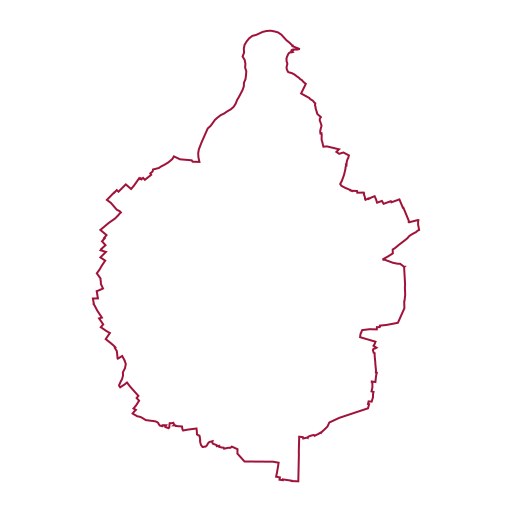 Maastricht, Limburg, Netherlands
{"feature_id": "6326949B62006643577312", "entity_name": "Maastricht", "entity_type": "district", "adm_level": 2, "iso_a3": "NLD", "parent_name": "Netherlands", "parent_adm1": "Limburg", "projection": "albers", "projection_center": [5.703, 50.858], "detail": "fine", "context": "isolated", "style": "outline", "palette": "rose", "viewbox_px": 512, "rotation_deg": 0, "n_neighbors": 0, "source": "geoboundaries", "source_scale": "gbopen_adm2", "svg_char_len": 5943}
<svg xmlns="http://www.w3.org/2000/svg" viewBox="0 0 512 512"><path d="M237.4,453.6L244.5,461.5L273.0,461.7L278.6,462.7L278.0,466.7L276.9,473.0L276.1,476.7L279.9,477.4L279.5,479.7L282.8,480.2L282.9,479.4L291.7,480.7L291.7,481.1L298.3,481.3L298.9,453.9L298.8,453.5L298.9,451.9L298.8,451.5L299.2,436.7L302.8,437.1L303.2,438.5L307.1,437.6L307.5,437.5L307.8,437.8L308.2,436.8L309.8,436.0L312.3,435.3L313.9,435.0L314.7,435.8L315.0,435.5L318.6,433.9L319.0,433.5L321.1,432.3L320.9,432.8L321.0,432.9L321.7,432.0L325.4,428.6L327.5,426.5L329.3,422.5L339.4,417.8L368.0,408.3L369.1,404.2L368.0,404.0L368.6,401.4L371.7,401.6L373.0,397.1L373.0,394.3L373.5,391.9L371.5,391.4L372.4,387.4L372.4,382.1L371.8,382.1L371.8,381.5L375.4,382.0L376.1,375.6L376.8,372.7L375.9,372.6L375.9,371.2L376.0,370.4L375.3,363.5L375.3,362.3L374.7,356.3L374.6,353.1L373.7,352.8L372.9,350.1L373.5,348.8L375.0,348.5L376.5,347.7L373.5,345.8L374.7,343.9L375.5,341.7L360.1,337.2L360.5,334.0L362.2,330.1L369.7,329.2L376.8,329.4L376.9,328.2L376.9,327.1L379.7,327.1L380.0,326.6L379.9,325.6L386.2,325.0L397.9,322.8L404.4,308.2L404.2,301.2L404.5,300.9L405.2,294.8L404.9,287.6L405.1,284.7L404.1,267.1L404.4,266.8L404.1,266.8L400.1,263.8L397.4,263.7L393.0,262.8L384.6,259.7L383.4,259.8L383.2,259.1L388.4,256.2L392.8,253.4L392.7,249.5L394.7,248.3L397.2,246.3L398.8,244.9L406.0,239.4L407.5,238.1L408.8,236.5L410.4,235.2L413.3,233.5L415.9,232.2L417.6,230.7L419.1,230.0L418.1,224.5L418.1,221.6L418.4,220.1L418.1,220.0L409.0,222.3L408.8,222.1L409.2,221.8L403.4,207.7L402.9,207.8L399.4,199.4L391.4,202.3L390.8,201.2L383.6,203.8L381.9,200.9L377.1,202.7L376.0,199.3L374.6,196.2L370.3,197.9L370.3,198.1L368.4,199.0L368.2,198.5L365.5,199.8L365.0,198.9L365.0,197.6L364.6,196.4L364.5,195.9L363.9,194.7L364.1,193.8L364.0,193.1L363.8,192.6L357.3,192.7L357.0,191.0L352.4,190.8L352.2,191.1L350.3,190.4L350.4,190.0L345.3,187.9L341.4,185.8L340.2,184.0L341.8,181.0L343.5,176.4L344.1,174.6L345.5,168.7L345.4,168.0L346.1,165.3L345.9,164.2L346.0,164.1L346.5,164.6L346.6,163.0L346.9,161.1L347.6,159.0L348.2,158.1L348.9,155.4L343.4,152.5L339.1,153.8L336.4,151.9L339.0,149.3L327.0,146.4L323.4,146.7L322.9,144.8L322.4,142.3L321.7,140.3L321.6,138.6L321.7,134.5L321.5,133.4L321.0,133.7L320.5,133.7L320.2,131.9L320.2,131.5L320.4,129.9L321.4,126.3L321.5,125.5L320.3,121.8L319.9,120.9L319.7,120.0L319.8,119.0L320.0,118.4L320.9,117.1L318.0,114.6L317.5,114.1L317.2,113.6L316.8,112.3L316.9,112.2L316.7,111.7L315.7,108.6L315.5,107.8L315.6,106.9L315.0,105.5L315.0,105.1L315.3,103.3L314.0,102.3L313.6,101.5L312.8,100.7L310.9,99.5L310.0,98.9L309.5,98.1L301.1,93.5L305.8,83.9L304.9,83.1L303.8,82.3L301.7,80.0L300.3,79.2L298.7,77.6L297.0,76.5L295.2,75.0L294.7,74.8L294.0,74.2L293.0,73.8L292.1,73.2L288.8,72.3L287.8,71.7L287.5,70.7L286.9,69.6L286.5,67.4L287.1,64.9L287.3,64.3L287.2,63.9L287.3,63.6L287.2,63.0L286.6,61.3L286.5,60.0L286.6,59.7L286.4,59.0L286.7,57.8L286.9,57.1L288.1,54.3L289.0,53.0L289.8,52.5L290.7,52.3L291.4,52.4L292.1,52.2L291.1,51.7L291.6,50.2L292.9,50.8L293.2,50.5L292.9,49.7L293.1,49.4L296.7,49.6L299.0,49.2L299.1,48.8L292.5,46.2L292.7,45.5L292.2,45.3L289.4,42.6L286.4,40.2L281.4,34.7L278.0,32.4L274.4,31.4L270.6,30.7L266.5,31.0L262.7,31.9L256.2,34.9L252.3,35.9L249.1,38.4L246.8,41.2L244.6,44.8L243.8,48.6L244.1,52.5L242.6,56.5L244.7,60.0L245.4,63.8L245.1,67.5L246.3,71.3L246.0,75.3L245.5,79.1L244.0,82.6L243.8,86.5L242.5,90.1L239.0,96.8L237.1,100.0L235.7,103.6L233.6,106.9L230.7,109.4L227.3,111.3L224.3,113.4L220.6,115.2L217.8,117.4L215.0,119.8L212.8,122.9L210.6,125.9L207.7,128.5L201.5,142.5L198.8,149.5L198.2,153.3L198.4,157.2L199.4,161.9L195.2,161.8L192.6,161.7L191.7,160.3L180.0,159.3L173.9,156.4L172.5,158.8L172.0,159.3L170.3,160.8L167.9,162.7L164.4,164.8L160.7,166.7L158.9,168.0L153.0,169.5L152.6,171.5L150.3,173.4L151.2,174.8L144.9,179.8L143.1,177.9L141.4,179.3L140.7,178.3L139.9,179.0L139.2,178.2L134.0,185.6L131.1,189.0L125.8,184.4L118.5,191.7L116.7,190.1L114.2,192.8L114.0,192.6L106.9,199.9L110.9,202.9L116.5,209.4L116.9,209.8L119.7,211.2L120.9,212.5L119.9,213.3L118.2,215.3L115.2,218.4L111.5,221.0L108.9,222.8L100.4,229.9L102.8,232.0L105.0,233.8L106.5,235.1L104.2,237.9L104.7,238.2L103.9,239.0L104.0,239.1L102.0,241.3L105.5,245.2L101.1,249.2L101.4,249.6L100.7,250.3L105.9,251.9L100.4,257.4L105.2,260.6L101.9,265.5L99.3,270.0L96.8,273.3L100.4,278.3L100.6,278.9L100.5,279.8L100.8,281.4L100.9,284.0L103.0,288.5L98.1,290.7L96.7,291.1L97.9,298.4L92.9,298.5L93.9,304.1L93.7,304.2L94.7,305.7L97.1,310.3L97.9,311.6L101.9,317.6L99.1,318.4L103.2,324.4L100.8,327.2L106.5,331.1L109.9,333.0L105.7,339.1L110.5,342.9L113.7,345.6L115.4,347.4L114.8,347.9L116.6,350.7L116.8,351.3L117.0,352.6L117.5,357.5L117.6,358.5L117.8,358.7L122.2,356.0L124.7,360.6L124.6,360.8L125.8,363.9L125.7,364.5L125.0,368.1L122.9,372.3L123.0,375.6L122.1,379.0L120.9,381.2L119.4,384.5L119.1,385.0L119.1,385.4L119.2,385.9L120.2,387.3L124.8,384.3L127.0,382.5L130.1,386.6L138.4,395.9L136.6,398.0L139.1,400.7L136.1,405.4L133.5,408.5L135.9,409.9L134.3,411.4L132.6,413.5L133.1,413.9L136.5,415.8L137.2,416.3L138.6,416.5L140.5,417.0L142.1,417.8L145.8,420.1L153.7,421.1L155.4,421.4L156.8,421.9L158.2,422.9L158.7,424.0L159.7,425.5L162.1,426.2L162.4,425.4L162.9,425.6L163.0,425.3L164.2,425.4L164.2,425.2L166.1,425.3L165.2,426.5L165.3,427.0L168.6,428.2L169.3,427.2L169.5,424.2L169.7,423.2L171.8,423.2L173.3,422.8L173.6,423.6L174.5,424.8L173.9,425.3L174.5,425.3L175.9,425.7L175.9,426.0L182.0,426.5L182.4,429.2L183.1,430.5L187.2,429.7L196.5,428.5L196.9,432.1L197.0,434.4L198.3,435.3L199.2,435.5L199.5,435.7L200.0,438.4L200.2,440.4L200.0,440.6L200.3,442.6L200.8,444.3L201.1,445.1L202.4,446.9L202.6,447.0L203.2,447.0L204.3,446.6L205.1,446.7L205.5,446.6L206.1,446.2L206.9,445.4L207.8,443.7L208.7,442.5L209.7,441.9L212.5,441.2L212.3,441.8L212.3,442.6L212.9,443.7L216.6,445.1L216.8,446.2L219.2,445.8L219.2,446.9L221.8,447.5L223.7,447.7L224.1,448.7L228.0,447.8L230.4,447.8L231.8,446.6L237.5,449.2L237.4,453.6Z" fill="none" stroke="#9f1239" stroke-width="2"/></svg>